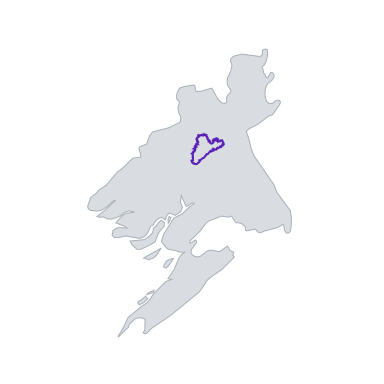 Sirajganj, Rajshahi, Bangladesh (highlighted), rotated 57°
{"feature_id": "16705992B55394931042500", "entity_name": "Sirajganj", "entity_type": "district", "adm_level": 2, "iso_a3": "BGD", "parent_name": "Bangladesh", "parent_adm1": "Rajshahi", "projection": "natural_earth1", "projection_center": [89.578, 24.399], "detail": "fine", "context": "in_parent", "style": "outline", "palette": "violet", "viewbox_px": 384, "rotation_deg": 57, "n_neighbors": 0, "source": "geoboundaries", "source_scale": "gbopen_adm2", "svg_char_len": 8840}
<svg xmlns="http://www.w3.org/2000/svg" viewBox="0 0 384 384"><g transform="rotate(57 192 192)"><path d="M139.7,269.2L139.6,260.4L134.4,243.0L134.6,241.1L133.5,232.8L132.2,228.1L131.5,223.2L134.7,216.1L133.4,214.9L126.4,212.8L125.6,210.9L127.1,203.9L122.0,197.3L120.1,192.4L125.5,176.4L126.9,165.3L126.5,163.2L123.2,160.7L117.3,159.7L113.2,157.6L110.8,154.5L108.8,153.2L106.2,154.2L103.0,152.9L100.3,149.8L98.1,146.0L99.0,141.9L103.3,132.1L104.8,131.8L108.5,133.7L109.9,133.7L112.3,129.8L115.7,118.8L127.5,119.7L130.3,119.4L133.3,118.5L134.9,117.1L135.8,115.3L135.5,113.8L131.9,111.7L130.5,110.2L129.5,105.8L128.4,104.1L121.3,103.9L117.6,101.8L115.6,100.0L112.0,94.0L107.6,89.5L103.3,88.5L101.6,87.0L100.8,84.8L101.3,81.4L103.5,75.1L115.2,61.4L115.5,59.8L115.1,58.1L111.6,55.9L111.4,54.8L112.4,51.9L114.3,51.5L118.4,54.1L122.5,58.4L124.9,62.2L125.0,65.1L128.2,65.7L130.8,67.1L133.6,66.7L135.4,67.4L136.6,67.1L137.0,65.4L134.7,61.1L135.9,59.3L138.6,59.4L140.5,61.0L141.9,64.3L142.2,69.5L145.3,74.2L149.5,77.5L152.7,79.0L156.6,80.1L160.0,79.1L161.7,75.8L160.9,72.9L161.5,70.3L162.8,68.8L164.9,68.9L166.5,71.0L171.0,82.2L170.1,87.1L171.1,100.7L170.0,109.7L170.7,113.1L171.5,113.7L178.4,115.4L188.4,119.0L196.0,120.3L230.6,119.3L238.2,121.0L261.2,119.7L267.5,122.6L274.4,127.2L278.3,130.7L279.0,132.6L278.6,134.3L277.3,135.3L274.9,135.3L269.5,133.0L268.6,133.7L268.5,139.1L264.2,152.5L263.6,156.7L262.0,158.4L257.5,159.2L254.5,167.1L253.2,168.0L250.2,166.3L248.4,166.6L246.0,167.3L243.7,169.1L242.1,171.4L240.3,172.1L233.8,172.0L232.6,175.6L228.3,180.4L225.5,193.1L225.7,196.9L229.3,207.0L231.8,220.1L232.8,221.4L234.0,221.5L234.1,215.5L235.3,214.8L236.8,215.4L239.8,223.5L241.6,225.6L244.3,226.1L247.3,224.9L249.6,222.6L250.5,220.0L249.7,211.2L251.1,207.6L256.3,202.3L257.1,200.6L256.7,191.8L258.7,191.5L261.4,192.2L264.7,190.1L265.8,190.1L267.2,192.3L269.6,191.9L273.3,209.4L273.6,221.8L274.5,228.6L275.8,230.2L279.8,240.4L283.8,276.6L284.3,299.6L285.9,307.4L284.6,309.2L283.3,309.5L282.1,306.8L273.6,300.9L271.5,301.5L268.6,304.9L267.4,308.1L268.0,312.5L268.9,316.8L271.0,319.3L271.1,322.1L273.5,332.4L272.8,332.5L268.1,323.1L262.4,313.8L260.5,297.2L260.3,289.0L256.4,279.4L252.8,262.6L254.3,256.7L251.6,259.3L247.3,249.2L240.6,239.4L238.7,235.0L238.6,230.8L235.7,235.0L231.8,238.0L227.9,242.5L225.2,243.9L216.9,244.7L212.0,238.7L205.0,223.9L204.1,220.6L205.0,211.9L203.3,203.7L202.9,196.4L201.6,197.1L201.1,199.1L201.4,202.1L200.9,204.7L189.2,203.0L194.2,207.3L199.6,208.3L202.3,212.2L202.5,218.6L197.3,222.5L197.8,225.8L200.8,229.8L197.1,230.9L196.1,233.5L196.0,237.2L198.6,242.9L198.2,245.1L202.6,252.6L203.5,256.1L202.4,261.2L192.9,271.4L190.1,278.6L187.8,282.0L184.8,282.6L181.3,279.2L181.2,275.7L181.9,272.9L186.9,266.1L184.2,267.0L176.5,272.6L175.0,268.1L174.0,263.9L174.0,258.8L177.7,251.1L173.5,254.9L172.4,259.7L172.9,265.3L172.3,269.3L170.7,274.5L168.4,277.7L164.8,279.7L163.2,282.8L160.8,285.0L159.9,274.5L157.3,260.4L156.7,263.4L158.1,272.2L158.0,277.9L156.0,282.4L152.0,287.3L148.9,288.0L147.1,287.2L141.4,279.9L140.9,273.0L139.7,269.2ZM210.1,269.4L203.0,271.1L199.4,270.6L206.1,257.8L205.8,252.1L204.8,247.5L201.4,243.7L201.2,241.1L199.6,237.4L198.8,233.2L202.6,231.8L205.7,234.2L206.8,239.1L208.4,242.7L213.7,250.2L213.6,254.8L212.2,266.0L210.1,269.4ZM225.3,265.2L221.0,268.6L222.3,248.5L225.6,256.0L226.4,260.0L225.3,265.2ZM241.8,255.2L239.9,256.6L238.1,255.4L235.9,250.6L237.0,244.6L237.7,243.8L240.4,249.9L241.8,255.2ZM258.0,297.6L255.5,297.9L254.3,296.4L254.9,294.4L254.2,287.9L257.3,287.2L258.5,292.7L258.0,297.6ZM255.2,279.4L253.4,285.9L252.6,283.0L253.9,277.3L255.2,279.4ZM204.4,227.0L205.2,229.0L201.2,226.4L200.2,224.4L201.9,223.4L204.4,227.0Z" fill="#d9dde1" stroke="#a8b0b8" stroke-width="1"/><path d="M151.4,149.4L151.5,149.4L151.4,149.6L151.3,150.0L151.2,150.3L151.1,150.6L150.9,150.7L150.9,150.8L150.7,150.8L150.8,151.1L150.6,151.1L150.7,151.3L150.5,151.6L150.3,151.6L150.3,151.8L150.2,151.8L150.1,152.0L150.1,152.3L149.9,152.3L149.6,152.7L149.6,152.8L149.4,152.9L149.3,153.1L149.2,153.0L149.1,153.4L149.3,153.6L149.2,153.7L149.2,153.8L149.1,154.4L148.9,154.4L148.9,154.7L148.7,154.9L148.4,155.1L148.2,155.1L148.1,155.4L148.0,155.5L147.9,155.3L147.9,155.5L147.7,155.8L147.9,156.0L148.2,156.0L148.5,155.8L148.8,155.8L149.0,156.1L149.3,156.1L149.3,156.5L149.2,157.0L149.4,157.1L149.3,157.5L149.3,157.8L149.2,158.1L149.4,158.3L149.4,158.5L149.6,158.8L149.9,158.7L150.1,159.1L150.3,159.2L150.4,159.5L150.7,159.4L150.7,159.5L151.2,159.5L151.3,159.6L151.4,159.4L151.7,159.6L152.0,159.6L152.3,159.4L152.5,159.4L152.8,159.6L153.0,159.6L153.0,159.9L152.9,160.1L153.0,160.1L153.3,160.0L153.6,160.3L153.8,160.1L153.9,160.4L153.9,160.5L153.9,160.8L154.1,160.9L154.1,161.0L154.3,160.8L154.7,160.9L154.6,161.1L154.8,161.1L154.7,161.2L154.7,161.4L154.9,161.4L154.9,161.6L154.8,161.8L154.7,161.8L154.8,162.1L154.6,162.2L154.6,162.3L154.8,162.4L154.7,162.8L154.9,162.9L154.9,163.3L155.0,163.3L155.1,163.6L154.9,164.0L154.9,164.4L155.1,164.5L155.2,164.3L155.5,164.3L155.5,164.1L155.6,163.9L155.9,163.8L155.9,163.5L156.1,163.8L156.4,163.8L156.3,164.0L156.5,164.4L156.4,164.4L156.3,164.9L156.2,165.0L155.8,165.2L155.8,165.3L156.1,165.5L156.2,165.3L156.7,165.4L156.8,165.3L156.8,165.2L157.1,165.4L157.1,165.7L156.9,165.9L156.7,165.8L156.5,165.6L156.4,165.6L156.5,166.1L156.6,166.5L156.7,166.4L156.7,166.6L156.7,166.8L156.8,166.7L157.0,166.7L157.4,166.7L157.5,166.3L157.4,166.1L157.5,166.0L158.0,166.0L158.3,166.6L158.5,166.7L158.4,166.8L158.6,167.0L158.8,166.9L158.9,167.0L159.0,167.3L158.8,167.4L158.7,167.4L158.6,167.5L158.7,167.9L158.9,168.0L159.2,168.0L159.4,168.2L159.4,168.4L159.3,168.5L159.1,168.3L158.9,168.4L158.9,168.5L159.2,168.8L159.1,169.0L158.9,169.1L159.0,169.3L159.2,169.7L159.2,169.9L159.3,170.0L159.5,170.3L159.8,170.2L159.8,170.5L160.0,170.3L160.3,170.4L160.6,170.6L160.5,170.9L160.2,170.8L160.2,171.0L160.4,171.1L160.6,171.2L160.8,171.1L161.0,171.2L161.3,171.3L161.6,171.3L161.8,171.6L162.2,171.8L162.4,171.9L162.6,171.9L163.2,172.5L163.5,172.3L164.5,172.9L165.1,173.5L165.3,173.6L165.5,173.7L165.3,173.9L165.4,174.6L165.4,174.9L165.8,174.7L166.0,174.7L166.2,174.8L166.1,175.0L166.2,175.4L166.3,175.4L166.5,175.6L166.9,175.9L167.1,175.9L167.7,175.5L168.1,175.4L168.5,175.5L169.1,175.2L169.6,174.8L169.5,174.6L169.9,174.5L170.2,174.0L170.8,173.5L171.1,173.0L171.2,172.4L171.1,172.1L170.8,171.2L170.8,170.2L171.0,169.8L170.4,169.3L170.3,168.8L169.7,168.9L169.3,168.5L169.6,168.2L170.1,168.2L169.6,166.3L169.5,165.1L169.5,164.5L169.8,163.7L169.7,162.7L169.1,161.9L169.0,161.5L169.0,160.8L169.0,160.5L168.7,160.0L168.4,159.8L168.2,159.4L168.2,159.0L168.8,158.3L168.7,157.8L168.0,155.6L168.0,155.1L168.3,154.4L167.8,154.4L167.9,154.1L167.8,153.7L168.1,153.6L168.4,153.1L168.1,153.2L168.4,152.3L168.3,151.9L168.1,152.0L168.1,151.8L167.5,151.4L167.7,151.1L168.0,151.3L168.1,150.8L167.9,150.7L168.1,150.6L168.0,150.4L168.5,150.4L168.9,150.3L168.8,149.5L169.0,149.1L169.6,148.8L169.7,148.6L169.5,148.4L169.4,147.8L169.0,147.4L168.9,147.1L168.7,146.7L168.7,146.3L169.5,146.1L169.5,145.4L169.6,144.4L169.5,144.0L169.8,143.9L170.1,143.5L170.0,143.2L169.7,143.2L169.9,143.0L169.7,142.9L169.6,142.7L169.8,142.6L169.8,142.4L169.7,142.3L169.4,142.1L169.2,141.8L169.1,141.7L169.0,141.3L169.3,141.3L169.5,141.4L169.5,141.2L169.8,140.8L169.7,140.6L169.2,140.4L169.4,140.3L169.5,140.0L169.4,139.5L169.2,139.2L168.4,139.3L167.8,138.9L167.7,139.0L167.5,139.6L167.5,139.3L167.4,139.1L167.2,139.1L167.0,138.9L166.6,138.7L165.9,138.6L165.3,138.5L165.0,138.6L165.1,139.2L165.0,139.6L164.6,139.9L164.7,140.2L164.3,140.2L164.5,141.2L164.2,141.3L163.9,141.7L163.5,141.7L163.8,142.0L163.9,142.5L163.7,142.4L163.5,142.8L163.0,143.2L162.7,143.1L162.5,143.3L162.5,143.1L162.3,143.2L162.2,142.9L161.9,142.7L161.8,142.4L161.7,142.4L161.0,142.6L160.8,142.8L160.7,142.8L160.6,142.6L160.6,142.0L160.2,142.3L160.2,142.6L160.3,142.9L160.5,142.9L160.5,143.1L160.3,143.3L160.3,143.5L160.1,143.5L160.0,143.8L160.2,144.1L159.8,144.8L160.3,144.9L160.5,144.8L160.3,145.1L160.2,145.4L160.4,146.1L160.2,146.3L160.0,146.2L160.0,146.5L160.3,146.6L160.8,146.4L161.1,146.5L161.3,146.4L161.5,146.7L161.6,146.9L161.9,146.8L162.1,147.1L162.1,147.5L162.2,148.2L162.2,148.5L162.2,148.9L162.1,149.2L161.8,149.4L161.7,149.6L161.3,149.7L161.2,149.8L160.7,150.0L160.6,149.9L160.6,149.7L160.2,149.6L160.1,149.9L159.9,149.9L159.9,149.7L159.5,149.6L159.3,149.2L159.2,149.2L159.1,149.3L159.1,149.6L159.1,149.8L159.3,150.0L159.0,150.1L158.8,150.5L158.7,150.4L158.9,150.1L158.9,149.7L158.3,149.5L158.1,149.5L157.9,149.7L157.5,149.6L157.4,149.5L156.9,149.7L156.9,150.1L156.7,150.1L156.3,150.2L156.2,150.1L155.2,149.8L155.2,149.6L154.9,149.3L154.3,149.3L154.3,149.6L154.0,149.7L153.7,149.7L153.3,149.5L153.2,149.6L152.8,149.6L152.6,149.4L152.4,149.5L152.3,149.4L152.2,149.5L152.0,149.4L151.7,149.4L151.7,149.2L151.4,149.4Z" fill="none" stroke="#5b21b6" stroke-width="2"/></g></svg>